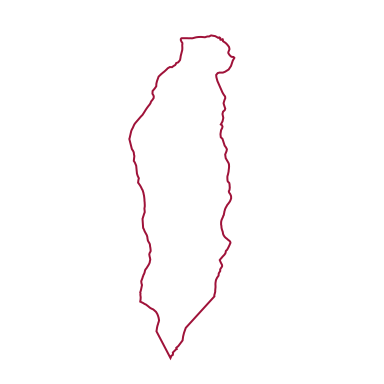 Newfield/Fiette, Choiseul, Saint Lucia (Mercator projection), rotated 159°
{"feature_id": "8701671B94960647396655", "entity_name": "Newfield/Fiette", "entity_type": "district", "adm_level": 2, "iso_a3": "LCA", "parent_name": "Saint Lucia", "parent_adm1": "Choiseul", "projection": "mercator", "projection_center": [-61.052, 13.789], "detail": "fine", "context": "isolated", "style": "outline", "palette": "rose", "viewbox_px": 384, "rotation_deg": 159, "n_neighbors": 0, "source": "geoboundaries", "source_scale": "gbopen_adm2", "svg_char_len": 6079}
<svg xmlns="http://www.w3.org/2000/svg" viewBox="0 0 384 384"><g transform="rotate(159 192 192)"><path d="M237.9,207.3L238.1,205.8L238.4,204.6L239.0,202.3L239.5,200.9L240.0,199.0L240.4,197.9L240.6,197.2L241.2,195.6L242.4,193.5L242.8,191.9L243.2,190.6L243.3,190.2L243.7,189.7L244.7,188.6L245.7,187.3L246.7,186.1L247.1,185.5L247.8,184.7L250.4,176.3L250.5,175.8L250.4,175.6L250.3,174.2L250.3,172.4L250.2,171.6L249.7,168.0L249.7,167.3L249.8,166.6L249.8,166.0L250.1,165.1L250.5,163.0L250.6,162.6L250.5,161.4L250.2,159.7L250.1,159.0L250.1,158.5L250.2,157.8L250.7,155.9L250.8,155.1L251.3,153.1L251.7,151.9L251.9,151.5L252.1,151.3L252.8,150.7L253.0,150.6L253.7,149.8L254.1,149.3L254.3,148.9L254.7,146.8L254.8,145.7L255.2,143.8L256.3,142.2L256.5,141.7L257.4,140.6L258.9,139.3L260.8,137.9L262.0,137.0L262.6,136.7L262.9,136.5L263.3,136.3L264.0,135.5L264.5,134.8L264.8,134.3L265.3,133.6L265.9,133.0L266.2,132.6L266.9,132.1L267.8,131.0L268.5,130.3L268.7,129.9L270.0,128.4L271.0,127.3L271.3,127.0L271.5,126.4L271.9,124.8L271.9,124.4L272.0,123.7L272.0,123.1L274.5,119.2L275.5,117.8L276.1,117.1L276.3,116.9L276.4,116.1L276.4,115.9L276.6,115.4L276.8,115.1L277.1,114.4L277.6,112.2L278.3,110.6L278.8,109.6L279.1,109.2L279.3,108.6L279.6,108.2L277.9,106.4L277.1,105.5L276.8,105.0L276.4,104.5L275.4,103.5L275.0,102.9L273.9,101.1L272.9,99.3L272.3,98.4L271.3,97.3L270.3,96.3L269.9,95.6L268.6,93.1L268.5,92.7L268.2,91.0L268.1,90.3L268.1,88.4L268.2,87.4L268.2,86.8L268.6,84.8L268.7,84.2L268.9,83.7L269.2,83.3L269.7,82.7L269.9,82.3L270.2,82.1L271.4,80.4L271.9,79.9L272.8,78.6L273.5,77.5L274.1,76.4L275.1,74.7L271.6,44.7L270.9,45.4L270.3,46.3L269.6,46.6L268.6,46.6L267.7,47.7L267.4,49.0L263.1,50.9L262.5,50.9L262.6,52.1L261.7,52.5L260.1,53.0L254.0,56.8L252.0,60.4L249.9,63.4L246.5,67.4L208.5,86.5L208.2,87.6L206.8,89.5L206.1,90.5L205.6,91.8L204.1,94.8L203.5,96.5L203.1,97.7L202.5,99.0L202.1,99.6L201.8,100.2L201.1,101.3L199.7,102.6L199.3,103.0L197.6,104.1L197.3,104.3L196.9,104.9L196.4,106.1L196.1,106.5L195.3,107.2L194.6,107.6L193.9,108.2L193.9,108.5L193.5,109.5L193.3,109.7L193.0,110.0L190.9,111.5L190.5,111.9L190.3,112.3L190.2,112.8L190.1,113.3L190.3,114.9L190.4,115.7L190.5,118.5L190.1,118.7L189.7,119.0L189.1,119.4L188.7,119.6L188.2,119.8L187.0,120.5L185.8,121.1L184.9,121.5L183.9,122.0L183.5,122.4L183.0,122.6L182.2,123.6L182.1,123.8L181.7,124.5L181.5,124.8L181.0,125.1L180.3,125.3L179.9,125.5L179.5,125.8L179.2,126.1L177.9,127.2L175.5,129.5L175.2,129.9L174.8,130.2L174.3,130.8L174.3,131.0L174.2,131.6L174.2,132.0L174.5,132.9L175.5,134.5L176.3,136.1L176.9,137.0L177.5,138.3L177.9,139.9L178.0,140.9L178.0,141.8L177.6,143.7L177.5,146.4L177.3,147.8L177.2,148.3L176.7,149.9L176.5,151.2L176.3,151.7L176.1,152.2L175.8,153.0L175.2,154.2L174.8,154.7L174.5,155.2L173.0,156.7L172.5,157.2L171.8,157.9L171.3,158.6L170.9,158.9L170.5,159.2L170.2,159.8L169.9,160.3L169.1,161.5L168.8,162.1L168.3,162.7L168.1,163.0L167.7,163.5L167.5,163.9L166.0,165.4L165.2,166.0L163.7,167.3L163.2,167.6L162.6,167.9L161.5,168.6L160.9,169.0L160.0,169.6L159.6,170.0L159.0,170.6L158.2,171.5L157.7,172.1L157.3,173.3L157.1,173.8L157.0,174.4L157.0,174.9L157.1,176.6L157.3,177.2L157.4,177.6L157.5,178.0L157.5,178.5L157.5,178.8L157.4,179.2L157.3,179.6L156.8,179.9L156.2,180.6L155.6,181.7L155.4,182.2L155.1,182.7L154.7,184.2L154.6,184.5L154.3,185.4L154.1,186.4L154.0,187.1L154.2,187.6L154.8,188.9L154.8,189.4L154.7,190.0L154.4,191.1L154.0,192.3L153.7,193.1L153.3,194.0L153.0,194.4L152.2,195.4L150.5,198.0L150.2,198.7L148.9,201.1L148.3,202.4L147.6,204.5L147.6,204.9L147.5,205.5L147.6,206.5L148.4,211.5L147.6,215.1L145.1,217.8L144.1,219.4L144.3,221.4L144.9,223.6L144.5,230.7L145.5,232.8L144.7,235.8L142.7,239.3L140.9,240.9L140.1,242.1L140.1,243.7L140.9,244.7L138.2,247.0L136.2,250.0L135.6,253.9L134.2,255.9L132.1,256.7L131.1,257.9L130.9,262.0L130.7,263.6L128.9,266.0L127.3,267.7L126.9,269.3L127.5,271.5L127.9,274.0L128.5,286.5L128.1,290.4L127.5,292.6L125.4,293.8L123.4,293.6L120.4,292.4L118.1,292.4L113.9,293.2L110.4,295.7L106.8,300.1L104.4,302.0L104.7,302.9L104.9,303.2L106.4,303.9L106.7,304.2L107.1,304.7L107.2,304.8L107.4,305.4L107.6,305.8L107.9,306.6L108.2,308.0L108.3,308.8L108.0,309.5L106.9,310.7L106.0,311.7L105.8,312.0L105.6,313.2L105.5,313.8L105.5,314.3L105.9,315.8L106.4,317.3L107.0,318.7L107.3,319.2L107.8,320.0L108.7,321.2L109.0,321.7L108.7,322.8L108.6,323.6L108.9,323.8L109.3,323.8L109.9,323.6L110.3,323.6L110.9,324.0L110.9,324.5L110.8,325.1L110.5,325.7L111.0,326.5L111.5,326.6L112.0,326.4L112.4,326.6L112.9,327.3L113.8,328.4L114.5,329.2L117.0,330.7L118.0,331.3L118.7,331.3L119.8,331.1L120.4,331.1L121.3,331.5L122.1,331.7L123.8,331.8L124.4,331.8L128.1,333.6L130.5,334.4L132.5,334.9L134.0,335.1L136.1,335.3L137.0,335.5L138.3,336.1L139.7,336.6L141.9,337.5L145.5,338.9L146.8,339.3L147.6,338.8L148.0,337.9L148.0,336.8L147.9,335.8L147.6,334.8L147.9,333.6L148.4,332.9L149.4,329.9L150.2,328.1L153.8,323.0L154.5,321.7L155.8,319.6L156.5,319.1L158.4,318.0L160.6,318.0L161.4,317.1L162.1,316.6L162.3,316.5L163.2,316.4L164.2,316.2L164.6,316.1L165.9,315.7L168.0,316.6L168.6,316.5L169.5,316.3L170.4,316.2L171.5,315.6L172.1,315.4L173.5,314.8L174.1,314.6L175.1,314.2L175.6,314.1L177.6,313.4L179.1,312.9L179.3,312.7L179.7,312.6L181.8,311.7L185.0,308.0L186.5,305.8L187.5,303.5L189.7,302.0L191.7,300.9L192.6,300.4L193.7,297.9L193.4,296.2L193.4,295.1L194.1,293.5L195.6,292.4L196.1,292.1L196.4,291.9L197.2,291.5L197.7,291.1L198.4,290.5L198.8,289.9L200.4,288.7L201.2,288.3L203.6,286.8L205.5,285.5L208.4,283.3L210.6,281.7L211.0,281.5L211.5,281.3L212.6,280.8L220.2,276.7L220.8,276.3L221.7,275.7L223.6,273.8L224.5,272.9L225.6,272.0L226.5,271.1L227.0,270.5L231.1,264.4L231.5,264.0L232.7,254.1L232.7,253.3L232.3,251.7L232.2,250.4L232.2,249.8L232.8,247.5L232.9,246.3L233.1,245.9L235.2,241.9L234.9,240.6L234.8,239.9L234.7,236.9L234.7,236.5L235.0,235.4L235.2,234.7L236.3,230.7L236.4,230.3L236.8,228.9L236.9,227.1L236.9,226.2L236.8,224.9L236.7,223.9L237.8,222.3L239.0,220.0L238.7,219.2L238.5,218.2L238.1,216.7L238.0,215.8L237.8,214.5L237.7,212.7L237.5,211.8L237.5,210.3L237.6,209.5L237.6,208.9L237.9,207.3Z" fill="none" stroke="#9f1239" stroke-width="2"/></g></svg>